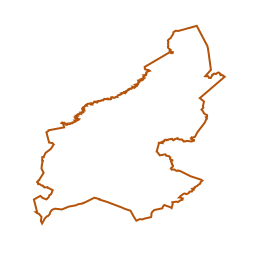 Zentenes pag., Tukums, Latvia (Equal Earth projection), rotated 353°
{"feature_id": "27541924B96888241356563", "entity_name": "Zentenes pag.", "entity_type": "district", "adm_level": 2, "iso_a3": "LVA", "parent_name": "Latvia", "parent_adm1": "Tukums", "projection": "equal_earth", "projection_center": [23.028, 57.169], "detail": "fine", "context": "isolated", "style": "outline", "palette": "amber", "viewbox_px": 256, "rotation_deg": 353, "n_neighbors": 0, "source": "geoboundaries", "source_scale": "gbopen_adm2", "svg_char_len": 5780}
<svg xmlns="http://www.w3.org/2000/svg" viewBox="0 0 256 256"><g transform="rotate(353 128 128)"><path d="M208.7,35.0L189.8,37.8L187.2,37.3L184.8,38.4L184.2,40.4L182.5,42.3L181.6,43.7L178.9,45.3L178.2,46.1L178.3,46.8L178.6,47.4L178.6,48.0L178.0,48.8L178.0,51.6L177.5,52.2L177.6,53.2L178.0,54.0L179.9,55.6L179.7,56.0L178.7,56.6L178.7,56.9L179.5,57.1L180.5,57.8L181.7,58.1L181.5,59.0L180.9,59.2L180.6,58.8L179.4,58.6L178.6,57.9L152.0,69.4L152.1,70.3L151.9,71.3L152.4,72.0L155.5,73.0L156.5,73.9L154.5,74.3L152.9,75.1L152.4,76.2L152.4,76.4L152.9,76.7L152.8,77.0L152.0,77.5L150.8,77.5L151.5,78.0L149.4,78.8L149.6,79.6L149.5,80.1L149.9,80.3L148.4,80.7L149.6,81.0L148.9,81.6L148.3,81.5L148.3,81.2L147.9,81.3L148.1,82.2L147.0,82.5L146.8,82.4L147.0,82.1L146.3,82.0L145.8,82.5L144.8,82.0L144.0,82.1L144.9,83.8L144.5,84.1L143.7,84.0L143.3,85.0L143.5,85.6L143.2,85.8L142.4,85.5L140.9,85.8L141.5,86.1L141.3,86.4L142.0,86.5L141.8,87.2L142.0,87.3L141.8,87.5L141.1,87.4L140.5,88.0L140.1,87.4L139.6,88.2L138.3,87.8L139.0,88.7L138.9,88.9L138.1,88.3L137.3,88.1L137.0,88.3L137.4,88.5L136.6,88.8L136.4,89.3L136.1,89.5L134.6,89.2L133.7,90.1L133.1,89.6L132.3,90.5L131.4,90.5L132.2,90.8L132.0,91.0L130.4,91.1L130.2,91.3L130.5,92.2L129.8,92.4L129.6,93.1L129.1,92.9L128.8,91.9L128.3,91.8L128.0,92.3L126.8,92.5L127.2,92.7L127.1,92.9L124.7,93.6L124.8,93.8L123.9,94.2L123.0,94.1L122.1,94.3L121.2,95.5L121.3,95.9L121.1,95.9L120.9,95.5L119.6,95.7L118.5,96.4L117.0,96.1L116.8,95.7L116.4,95.5L115.1,95.5L115.0,95.8L115.3,96.0L115.0,96.4L113.9,96.2L114.6,96.6L114.8,97.1L114.5,97.4L113.8,97.3L113.7,97.1L112.4,97.2L111.8,96.4L111.4,96.3L111.1,96.3L110.7,96.9L107.9,96.2L106.9,97.5L105.7,97.1L105.1,97.6L104.3,97.5L103.9,97.8L102.4,97.6L102.3,97.9L100.7,98.6L100.6,97.9L99.9,98.2L100.0,98.7L99.4,98.5L99.7,98.0L97.8,97.7L97.5,97.9L97.4,98.4L96.3,99.2L95.5,99.4L94.8,99.0L94.8,99.7L95.5,100.1L95.5,100.4L93.9,100.2L92.7,99.1L90.9,99.1L89.6,99.7L89.9,100.7L88.7,100.3L88.4,101.0L87.8,101.0L87.4,101.6L86.6,101.8L86.8,102.2L86.7,102.5L85.5,102.6L85.7,103.5L85.4,103.7L84.9,103.6L84.9,104.1L85.6,104.3L85.4,104.6L85.7,104.9L86.6,104.6L86.5,104.9L86.8,105.4L85.4,105.5L85.4,106.2L84.9,106.4L85.4,107.0L84.6,107.4L82.7,106.9L82.7,107.2L82.3,107.5L82.5,108.0L81.7,107.6L80.9,108.0L81.5,108.2L81.1,108.6L79.6,108.3L79.4,108.5L80.1,108.8L79.6,109.3L78.3,109.0L79.1,109.4L79.3,109.7L78.4,109.6L78.6,109.9L77.7,110.0L78.2,110.8L77.3,110.4L76.8,110.6L77.9,111.3L77.1,112.1L77.7,112.2L77.7,113.0L78.1,112.9L78.2,112.5L78.5,112.4L79.2,112.4L79.5,112.6L79.4,113.0L80.6,113.4L80.4,113.6L79.3,113.6L79.2,114.1L78.4,114.4L77.0,114.3L76.7,114.4L77.1,114.8L76.8,115.2L76.5,115.0L76.7,114.7L76.1,114.5L76.3,114.9L74.7,115.8L73.5,115.7L73.3,116.5L72.6,116.6L71.3,116.2L71.2,116.7L70.8,117.0L69.8,117.0L68.2,116.5L67.9,117.3L67.3,117.4L67.1,117.3L67.3,117.0L67.1,117.1L66.4,115.9L65.4,116.0L65.5,115.5L65.2,115.0L64.1,115.3L63.7,115.2L64.1,115.0L63.3,114.5L62.7,114.9L63.4,115.5L64.1,115.5L64.7,119.6L48.8,120.6L48.5,121.3L46.5,122.3L47.9,132.8L51.0,133.7L52.3,135.3L48.9,139.3L43.1,142.7L41.2,145.6L40.8,146.7L39.4,146.4L38.8,150.0L39.5,150.2L38.1,153.8L37.2,157.7L38.8,162.2L34.0,168.1L33.6,168.9L32.8,169.0L32.6,169.7L31.5,170.3L31.8,170.6L31.4,171.0L32.0,171.7L31.8,172.2L32.0,172.8L33.5,172.9L35.0,174.4L36.3,174.7L37.1,175.7L36.9,175.8L37.5,176.6L38.4,176.9L40.9,176.9L41.3,177.8L42.7,178.4L43.2,179.0L44.3,179.5L45.7,180.5L43.6,184.4L41.7,185.2L41.0,186.8L38.4,188.9L34.8,187.1L32.7,184.7L25.9,187.5L27.5,200.1L26.2,200.2L27.6,201.6L29.2,202.4L31.3,205.7L30.2,209.6L31.1,212.3L34.3,207.8L36.6,205.8L37.6,205.8L39.8,204.0L40.7,201.9L42.4,200.1L43.9,199.6L45.7,199.2L52.5,200.8L59.6,198.8L66.9,198.4L69.2,197.6L73.5,197.4L74.7,196.8L75.1,197.0L86.1,193.1L91.0,195.1L90.8,195.5L98.0,198.7L113.0,206.6L115.0,207.9L120.4,210.4L123.2,217.4L125.0,221.0L128.7,219.9L131.1,220.5L133.6,219.9L139.9,219.3L140.5,218.2L140.9,215.5L141.8,214.3L144.1,212.6L152.3,211.9L153.0,210.3L154.6,208.9L160.6,211.9L161.5,212.8L163.1,208.8L162.9,207.1L167.0,207.0L168.5,207.6L171.4,206.1L173.3,205.9L173.8,204.6L171.4,203.5L171.2,203.1L170.4,203.1L171.3,202.3L175.0,200.1L176.4,199.9L177.8,200.8L180.4,200.0L181.3,198.7L183.7,198.8L184.2,198.1L184.2,197.6L185.5,197.3L184.5,196.1L186.6,195.9L187.0,195.5L187.0,194.9L190.0,193.7L191.1,192.7L191.9,192.6L193.0,191.9L193.3,190.7L195.4,189.3L194.2,188.2L184.2,183.5L174.6,177.1L172.7,176.6L172.6,176.3L170.9,176.4L168.8,174.8L166.3,174.6L166.0,173.5L165.7,173.4L166.2,172.7L167.6,171.9L168.1,171.1L168.0,170.5L167.1,169.2L167.4,168.5L166.8,167.5L166.9,167.0L166.6,166.3L167.1,165.9L168.1,165.7L168.1,165.3L166.1,164.3L166.0,163.5L166.4,162.2L165.7,161.8L165.5,161.1L162.5,160.1L162.5,159.6L161.8,158.7L156.2,159.0L153.9,154.9L153.6,154.8L156.5,147.8L156.8,146.4L159.9,147.1L159.3,146.2L161.4,145.5L161.6,145.9L162.3,145.6L162.5,144.7L163.3,144.2L164.3,144.4L164.5,144.7L165.0,144.4L166.0,144.9L166.5,144.4L167.5,144.2L170.7,144.2L170.7,144.9L171.5,145.7L172.8,145.2L173.1,144.8L175.7,144.2L175.6,144.7L176.1,145.0L176.9,145.2L177.3,145.6L180.4,146.1L180.7,147.0L181.8,147.8L181.7,148.2L182.0,148.3L185.1,148.0L189.2,149.1L191.9,148.7L192.1,148.3L192.0,147.9L190.9,147.6L189.1,146.2L190.0,145.0L190.9,145.4L193.4,144.9L196.5,140.5L204.8,132.1L206.6,129.0L207.4,128.5L206.7,126.9L207.7,126.9L207.9,126.6L208.0,124.8L206.2,123.7L204.9,122.2L204.4,120.4L203.2,118.7L205.3,117.0L205.0,115.4L206.6,111.1L206.2,110.4L202.9,107.1L230.1,89.0L229.2,88.3L229.1,87.6L228.5,87.5L227.8,86.9L226.4,86.8L226.6,85.9L225.8,85.5L225.7,84.8L224.7,83.9L222.8,84.5L221.8,85.2L220.6,84.6L219.7,84.6L219.5,85.0L218.1,85.5L218.2,86.0L217.7,86.3L216.3,88.4L215.9,88.5L214.4,88.0L214.2,87.0L213.8,86.4L213.1,86.1L212.2,86.3L211.0,86.0L217.4,80.4L217.1,59.5L216.8,56.4L208.7,35.0Z" fill="none" stroke="#b45309" stroke-width="2"/></g></svg>